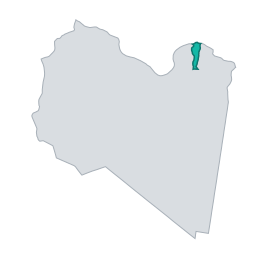 Libya, with Al Jabal al Akhdar highlighted, rotated 9°
{"feature_id": "LBY-2982", "entity_name": "Al Jabal al Akhdar", "entity_type": "Municipality", "adm_level": 1, "iso_a3": "LBY", "parent_name": "Libya", "parent_adm1": "", "projection": "robinson", "projection_center": [21.714, 32.008], "detail": "fine", "context": "in_parent", "style": "filled", "palette": "teal", "viewbox_px": 256, "rotation_deg": 9, "n_neighbors": 0, "source": "natural_earth", "source_scale": "10m", "svg_char_len": 3651}
<svg xmlns="http://www.w3.org/2000/svg" viewBox="0 0 256 256"><g transform="rotate(9 128 128)"><path d="M34.0,71.9L35.5,71.1L37.6,70.3L38.7,69.6L39.2,69.1L40.8,66.8L41.7,65.6L42.8,63.9L43.3,62.7L43.4,61.6L43.3,60.3L42.5,57.2L41.9,54.1L42.5,52.9L43.0,52.3L44.0,50.9L44.4,50.6L46.5,50.2L47.3,49.2L48.0,48.0L48.2,47.4L49.1,46.7L50.2,46.0L50.9,45.2L53.1,43.9L55.1,42.6L57.5,41.4L59.3,40.4L59.7,39.5L59.7,38.8L58.8,37.1L58.8,35.1L58.9,33.4L59.1,32.4L59.6,29.7L59.6,29.3L61.4,30.2L63.3,30.6L68.9,34.0L70.6,34.4L74.6,34.8L79.3,33.4L81.0,33.2L84.1,34.5L85.4,34.8L87.7,34.9L91.5,36.1L92.5,36.5L94.7,38.4L95.8,39.0L103.8,40.7L104.9,41.8L105.9,44.0L105.9,46.8L106.5,48.7L107.5,51.3L108.6,53.1L110.0,54.6L111.5,55.6L115.0,57.0L119.0,57.5L123.0,57.7L129.9,59.6L135.7,61.8L137.2,62.9L140.1,64.0L145.9,69.2L149.1,71.0L151.4,71.4L153.5,71.0L157.1,69.2L158.6,68.2L162.3,63.6L163.5,61.3L164.0,59.6L163.9,58.0L163.5,56.4L162.5,54.8L161.7,52.8L161.3,49.0L161.9,46.4L162.6,44.8L163.7,43.2L166.8,40.1L169.8,38.0L175.2,35.2L178.3,35.1L179.6,34.8L182.1,32.8L183.2,32.8L184.6,33.2L188.8,33.1L190.7,33.7L192.9,34.9L195.7,35.7L197.6,36.4L199.8,37.4L200.2,39.9L200.0,40.6L200.0,41.6L202.2,43.3L208.4,44.1L209.6,44.5L211.3,45.8L212.4,46.2L216.7,46.4L219.1,46.1L221.5,46.6L222.4,47.0L223.3,48.0L224.4,50.5L224.9,51.3L224.4,51.7L223.7,52.6L223.3,53.4L222.2,54.6L221.3,55.9L221.4,57.9L221.6,59.9L222.3,61.8L222.8,64.0L222.7,65.4L222.2,67.1L221.7,68.6L219.9,71.6L219.6,72.3L219.7,73.3L220.9,76.8L221.0,78.0L221.7,81.4L222.3,84.2L223.0,86.4L223.1,87.0L223.1,90.2L223.2,93.5L223.2,96.7L223.2,100.0L223.2,103.2L223.3,106.4L223.3,109.7L223.3,112.9L223.3,116.1L223.4,119.4L223.4,122.6L223.4,125.9L223.4,129.1L223.5,132.3L223.5,135.6L223.5,138.8L223.5,142.1L223.6,145.3L223.6,148.5L223.6,151.8L223.6,155.0L223.6,158.3L223.6,161.5L223.7,164.7L223.7,168.0L223.7,171.2L223.7,174.5L223.7,177.7L223.7,180.9L223.8,184.2L223.8,187.4L223.8,190.7L223.8,197.8L223.9,205.0L223.9,212.2L223.9,219.4L223.9,219.5L220.7,219.5L217.6,219.5L214.5,219.5L211.4,219.5L211.4,221.3L211.4,223.1L211.5,224.9L211.5,226.7L205.4,223.3L199.4,219.9L193.4,216.5L187.4,213.1L181.5,209.6L175.5,206.2L169.5,202.8L163.5,199.4L157.5,196.0L151.6,192.6L145.6,189.2L139.7,185.8L133.7,182.3L127.8,178.9L121.8,175.5L115.9,172.1L111.8,169.7L107.4,172.0L103.9,173.9L99.3,176.2L93.9,179.3L89.9,181.7L89.7,181.7L85.3,177.6L82.1,174.4L80.6,173.6L74.5,172.0L68.3,170.4L61.9,168.7L60.8,166.1L59.5,163.3L57.8,159.7L56.7,157.5L56.4,157.2L51.4,155.5L46.2,153.8L43.1,154.8L42.6,154.7L41.8,154.1L40.9,153.2L40.5,152.0L39.3,150.3L38.2,146.6L38.2,143.6L38.0,142.5L35.4,138.3L33.0,134.5L31.4,131.9L31.1,130.8L31.4,129.4L32.1,128.1L34.5,126.6L36.7,124.9L37.0,123.8L37.3,120.7L36.6,119.7L36.1,117.8L35.6,115.3L35.6,113.7L36.7,110.5L37.9,107.1L37.3,103.4L37.0,96.0L37.4,90.1L37.2,88.0L37.1,87.1L36.4,84.3L35.6,81.4L35.2,80.4L34.1,78.1L32.3,75.3L31.4,73.5L32.8,72.6L34.0,71.9Z" fill="#d9dde1" stroke="#a8b0b8" stroke-width="1"/><path d="M178.7,35.1L179.4,34.9L179.9,34.6L181.8,32.9L182.0,32.8L182.6,32.8L183.1,32.6L183.4,32.9L184.0,33.1L184.5,33.3L185.0,33.3L186.4,33.2L186.3,33.3L186.3,34.2L186.2,35.4L186.5,36.5L186.8,37.3L186.9,38.4L186.8,39.2L186.4,40.2L186.3,41.3L186.0,41.7L186.3,43.0L186.3,44.3L186.6,45.6L186.5,47.9L186.6,49.4L186.4,51.0L186.2,51.8L186.2,54.1L185.9,55.2L185.6,56.7L187.9,59.0L186.2,59.2L184.0,59.4L183.1,59.8L183.0,56.7L182.7,56.4L182.3,55.7L181.9,53.9L181.9,52.3L182.4,51.0L182.5,49.6L182.4,47.7L182.1,46.4L180.8,45.3L180.0,44.4L179.6,43.0L178.8,41.6L178.5,40.2L178.4,39.0L179.1,38.1L180.0,37.2L180.0,36.3L179.2,35.3L179.1,35.1L178.9,35.2L178.7,35.1L178.7,35.1Z" fill="#14b8a6" stroke="#0f766e" stroke-width="1.5"/></g></svg>